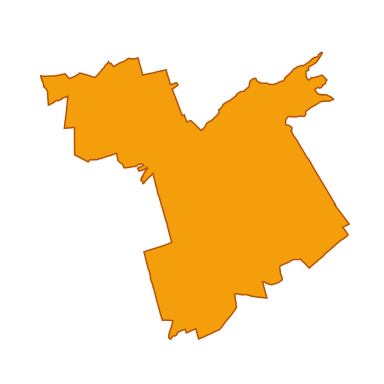 the district of Blandesti, Botosani, Romania, rotated 274°
{"feature_id": "2599482B7385527866395", "entity_name": "Blandesti", "entity_type": "district", "adm_level": 2, "iso_a3": "ROU", "parent_name": "Romania", "parent_adm1": "Botosani", "projection": "albers", "projection_center": [26.9, 47.712], "detail": "fine", "context": "isolated", "style": "filled", "palette": "amber", "viewbox_px": 384, "rotation_deg": 274, "n_neighbors": 0, "source": "geoboundaries", "source_scale": "gbopen_adm2", "svg_char_len": 6041}
<svg xmlns="http://www.w3.org/2000/svg" viewBox="0 0 384 384"><g transform="rotate(274 192 192)"><path d="M171.0,351.0L189.1,335.3L189.3,336.0L227.6,309.4L228.3,309.1L233.0,305.9L235.2,303.6L237.0,302.6L252.9,291.6L253.7,290.5L254.5,290.0L256.0,288.9L257.9,287.9L258.7,287.0L259.7,286.5L260.0,287.2L260.6,287.4L261.8,287.0L262.6,287.2L263.4,287.1L264.9,284.7L265.3,283.7L265.4,281.8L265.6,281.0L268.2,280.4L270.7,280.8L271.9,281.3L273.7,282.6L274.1,283.5L274.1,289.5L274.3,290.9L275.3,294.5L275.3,296.2L275.1,297.7L275.4,299.0L276.9,299.9L277.5,300.1L279.7,299.8L280.5,300.0L283.7,303.9L284.4,304.4L289.3,311.8L290.2,312.5L291.0,314.2L291.7,316.7L292.0,320.5L292.2,322.3L293.7,325.7L294.1,326.5L294.4,326.8L294.6,326.7L295.3,325.8L296.3,324.2L297.2,322.3L297.6,320.5L298.1,320.2L298.2,319.9L298.3,316.9L298.2,316.4L297.9,316.1L298.1,315.6L298.0,315.2L298.4,314.7L298.2,314.2L297.8,313.9L298.1,313.4L298.4,312.9L298.4,312.4L298.2,312.1L298.2,311.7L299.8,309.7L300.9,308.5L302.0,307.8L302.6,307.5L303.0,307.5L303.9,308.2L304.0,308.8L305.2,310.5L305.1,311.0L304.5,311.9L304.6,312.3L305.1,313.2L305.9,314.1L306.8,314.8L307.7,315.0L308.9,316.9L309.9,317.6L310.7,317.8L311.2,317.7L312.1,317.7L313.1,318.8L317.7,313.6L315.9,309.7L314.2,303.6L314.3,303.0L312.0,301.2L311.6,300.7L312.4,299.7L313.9,298.5L314.6,298.2L316.8,297.6L320.0,297.2L322.0,300.0L323.5,299.0L325.2,300.3L329.2,306.1L329.9,306.9L334.7,309.8L339.9,312.3L340.3,311.2L337.8,308.6L337.4,308.5L336.1,308.4L335.6,307.8L335.1,305.9L333.8,303.4L333.0,302.5L329.4,299.2L326.4,295.2L325.9,294.4L325.8,293.9L325.9,292.7L325.8,292.3L325.1,290.9L324.6,289.1L321.9,285.3L321.2,284.5L318.1,282.3L312.3,276.8L309.2,275.7L308.8,274.1L308.8,273.6L307.5,271.0L306.5,269.6L305.7,268.0L305.4,266.8L305.1,266.2L304.8,264.8L305.0,263.6L304.6,262.8L304.7,261.9L305.7,259.5L305.8,258.7L305.6,257.6L305.4,253.7L306.5,250.5L307.6,248.7L308.3,248.6L309.8,247.6L309.4,245.8L309.5,245.3L307.8,243.3L306.4,242.1L303.8,241.6L301.8,241.8L301.1,241.5L300.1,240.8L299.4,239.7L296.3,236.8L295.8,235.5L295.6,233.9L294.9,232.3L293.5,230.7L292.4,229.6L291.5,229.7L288.6,226.4L286.2,223.9L283.2,218.9L281.6,217.1L278.7,215.7L276.5,213.9L275.8,213.0L273.3,213.4L272.1,213.1L265.7,207.5L263.7,204.9L263.1,203.6L261.9,202.2L258.2,200.4L256.8,199.5L254.0,196.9L262.9,186.3L263.0,185.4L262.5,183.9L261.5,182.0L268.4,178.9L267.8,177.8L267.6,176.9L292.7,165.4L293.1,165.0L296.1,168.7L297.8,170.6L299.3,169.6L299.9,168.8L299.9,168.5L298.4,165.2L297.9,164.0L298.0,162.9L310.2,158.2L312.1,157.9L309.7,149.5L308.2,145.3L306.4,138.2L305.3,134.6L307.5,134.0L322.0,128.7L321.8,128.0L321.4,127.4L321.2,126.7L321.1,125.2L320.6,124.7L320.5,124.3L320.8,123.5L320.6,123.0L320.9,119.5L320.7,118.9L318.2,116.1L316.6,113.1L316.1,111.5L311.5,104.9L314.7,102.3L314.3,101.3L316.1,99.5L315.2,99.3L312.4,96.9L311.3,96.2L310.1,95.7L309.2,94.7L305.5,92.2L304.0,91.0L303.1,90.4L302.9,90.5L302.3,90.2L301.7,89.0L299.6,87.5L299.4,87.2L301.5,78.7L302.7,72.9L302.8,71.8L300.7,69.3L298.8,66.3L296.6,61.6L301.1,57.1L299.4,51.8L298.0,46.2L297.6,40.7L297.4,40.2L297.4,38.8L297.2,37.8L297.1,34.3L297.3,33.0L296.7,33.1L295.9,33.5L295.2,33.4L294.6,34.4L293.3,34.3L288.5,36.8L287.0,36.4L285.5,38.3L284.4,39.5L282.5,40.8L280.6,41.2L279.8,41.1L268.6,42.7L271.1,47.1L273.8,50.4L273.9,51.4L273.6,51.9L273.7,52.6L274.7,53.9L275.9,56.0L276.5,55.9L277.7,59.1L279.0,61.4L265.7,61.2L246.6,60.2L248.2,70.2L220.9,72.3L214.8,86.3L217.3,88.5L217.1,90.1L217.2,91.3L217.7,93.4L217.3,93.9L223.1,108.9L225.4,113.9L219.7,115.7L219.1,115.6L218.5,115.8L217.0,117.3L215.1,120.2L214.4,121.0L211.4,122.4L211.6,124.8L212.0,126.3L212.2,127.9L212.8,129.7L213.1,131.0L213.6,132.3L213.6,132.8L213.4,133.2L213.5,133.8L214.4,135.3L215.6,136.2L215.8,136.9L215.7,137.4L216.6,138.9L216.7,139.8L215.2,141.9L212.2,136.3L211.9,136.0L210.4,137.3L209.8,137.1L209.5,137.3L209.2,137.8L209.8,139.0L209.8,139.9L210.2,140.8L211.5,143.1L212.5,144.5L213.4,145.4L212.9,145.9L212.5,146.0L210.6,144.5L209.4,143.7L208.9,143.8L207.9,143.0L206.8,142.7L206.2,142.3L205.7,142.1L205.2,142.1L204.9,141.8L204.1,141.2L203.8,141.3L203.4,141.7L203.3,141.3L203.0,141.0L201.9,140.3L200.0,140.3L199.7,140.5L199.9,141.1L199.2,141.9L198.3,142.3L197.7,142.3L197.0,142.5L196.9,142.8L197.3,143.3L197.8,143.7L199.3,144.3L200.7,145.8L201.9,146.4L205.2,149.7L207.2,151.1L207.8,151.7L199.0,154.6L195.7,155.5L194.9,156.0L194.3,156.1L192.3,156.9L186.2,158.6L184.1,159.9L177.9,162.0L174.3,163.4L173.2,163.7L171.7,164.4L162.0,167.8L160.2,168.6L159.5,169.2L158.8,169.2L152.0,171.3L140.3,175.3L136.7,167.8L135.4,164.8L130.7,152.4L128.9,148.2L124.7,149.7L113.1,153.4L112.0,153.8L111.2,154.4L105.7,156.2L103.8,156.7L103.1,156.4L102.2,156.9L101.3,157.1L98.9,158.1L98.9,158.5L98.6,158.6L98.2,158.6L96.0,159.3L88.6,162.1L83.2,163.7L73.1,167.4L67.6,169.2L62.0,171.4L62.3,173.3L62.5,179.4L62.0,181.9L60.6,181.8L55.3,180.6L52.9,179.9L49.0,179.0L48.7,179.1L47.9,178.9L45.8,178.8L45.1,179.0L44.3,179.6L44.2,180.1L43.7,180.7L43.9,181.2L45.1,181.8L46.9,183.0L47.2,183.4L47.2,185.2L48.0,185.9L48.3,186.6L49.3,187.0L49.6,186.9L50.3,187.4L50.9,187.2L53.4,192.1L54.6,194.7L51.0,196.2L55.9,205.3L45.8,208.9L49.7,216.4L51.0,218.7L52.4,221.4L54.9,225.6L56.5,228.8L59.5,231.2L64.9,234.5L71.5,239.4L77.5,243.1L80.0,244.4L82.7,243.8L84.3,243.7L89.3,242.4L93.3,241.9L93.5,242.9L93.5,244.0L92.9,250.0L93.4,251.3L93.4,253.1L93.1,254.5L93.0,255.5L92.5,257.3L92.0,260.0L92.0,263.0L91.6,265.7L91.7,267.7L91.5,272.1L91.5,274.1L107.4,268.6L107.4,269.0L107.3,270.6L106.1,272.9L105.4,274.9L105.1,278.2L107.5,284.1L110.0,287.5L110.6,287.9L111.4,288.2L113.2,287.7L115.0,286.7L117.3,285.9L119.9,285.4L122.4,284.8L123.8,284.7L124.3,285.3L125.5,287.0L126.3,288.5L127.5,291.1L128.8,293.4L130.7,296.2L131.8,298.3L131.9,302.3L132.1,303.4L132.5,304.9L128.2,310.0L124.7,313.8L124.3,314.3L124.4,314.5L125.6,315.5L131.3,321.3L133.2,323.0L135.8,326.0L138.1,328.1L139.7,329.3L142.0,331.5L144.9,334.6L152.3,341.8L153.9,343.5L155.7,346.0L157.2,347.9L159.3,350.1L160.2,350.6L160.7,350.4L165.7,346.4L167.2,344.8L171.0,351.0Z" fill="#f59e0b" stroke="#b45309" stroke-width="1.5"/></g></svg>